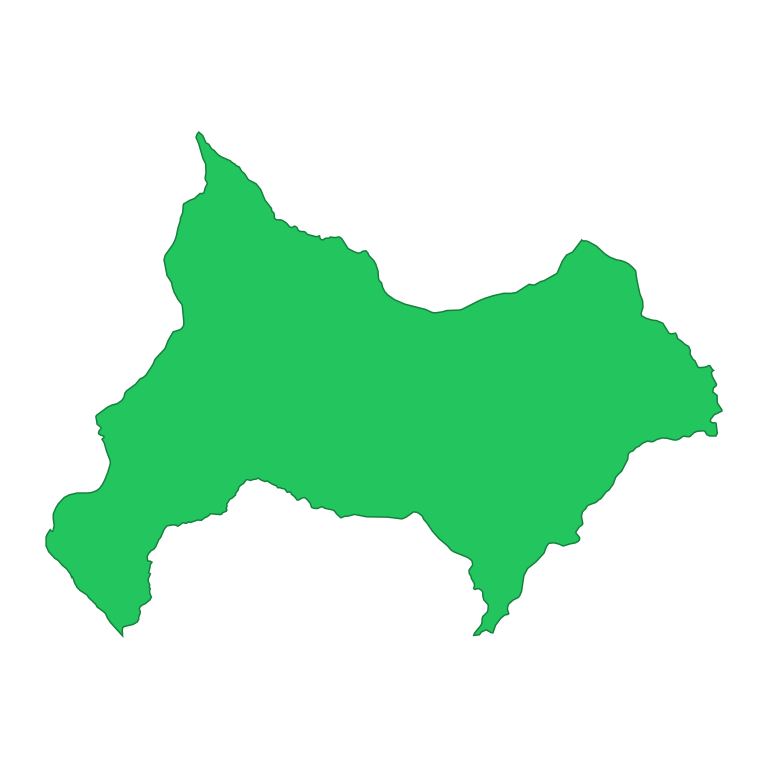 Baguia, Baucau, East Timor
{"feature_id": "22284137B48176451746687", "entity_name": "Baguia", "entity_type": "district", "adm_level": 2, "iso_a3": "TLS", "parent_name": "East Timor", "parent_adm1": "Baucau", "projection": "orthographic", "projection_center": [126.694, -8.606], "detail": "fine", "context": "isolated", "style": "filled", "palette": "green", "viewbox_px": 768, "rotation_deg": 0, "n_neighbors": 0, "source": "geoboundaries", "source_scale": "gbopen_adm2", "svg_char_len": 6092}
<svg xmlns="http://www.w3.org/2000/svg" viewBox="0 0 768 768"><path d="M581.8,239.9L572.7,252.0L566.5,255.1L562.4,261.0L557.1,273.3L543.8,280.8L540.8,281.5L534.1,285.2L529.2,284.3L516.3,292.5L511.0,293.4L503.9,293.3L493.5,295.6L485.3,298.2L479.3,300.6L461.7,309.5L459.1,310.1L447.0,310.5L442.1,311.9L434.7,312.9L431.7,312.3L425.6,309.5L404.7,304.1L394.5,299.7L387.6,294.8L384.8,291.7L382.7,287.5L381.5,282.8L379.8,281.2L378.6,279.1L378.0,271.0L375.7,263.9L373.7,260.6L369.0,255.6L368.0,253.2L366.0,250.8L362.7,251.2L360.7,252.6L358.6,253.2L354.8,252.0L348.1,248.6L341.8,238.7L339.3,236.9L335.0,237.6L330.3,237.0L329.1,238.2L326.6,238.1L324.7,238.6L323.3,239.8L321.4,239.8L320.1,238.5L319.5,235.8L316.6,236.8L308.5,234.7L306.9,234.0L305.6,232.3L304.0,231.6L300.3,231.4L298.4,230.5L296.8,227.3L294.8,226.1L292.1,227.4L290.9,227.3L289.6,226.8L286.6,223.2L282.8,220.6L280.6,219.8L276.8,219.9L275.3,219.0L274.4,217.9L274.3,214.7L273.7,212.7L271.9,211.1L271.4,208.3L265.0,200.1L260.7,189.6L256.0,183.7L248.8,180.0L247.9,179.1L244.9,174.1L241.5,171.0L239.3,167.0L236.2,165.6L235.0,164.2L232.4,162.7L230.3,160.8L221.4,156.9L217.9,154.6L214.1,150.4L211.5,148.7L208.7,144.2L206.0,142.9L202.7,135.5L198.8,132.1L197.2,134.1L196.0,137.3L198.7,143.6L202.8,157.9L205.7,164.1L206.0,172.7L205.1,178.0L205.4,179.8L207.0,182.3L207.3,183.7L205.2,187.8L204.0,192.5L202.7,193.5L200.0,193.5L194.3,198.6L190.0,200.2L183.8,203.8L183.3,204.7L182.7,212.5L180.4,218.3L180.2,221.2L177.9,228.3L176.5,235.4L175.0,240.2L172.8,244.6L165.2,255.2L164.0,259.8L167.0,275.3L171.6,282.6L172.3,286.6L174.2,292.4L178.1,299.6L181.7,304.2L182.3,305.9L183.9,322.5L183.5,325.9L181.4,328.8L179.5,329.9L173.1,331.9L168.1,340.6L165.0,348.6L155.1,359.2L152.8,364.7L145.9,375.2L143.3,377.4L139.9,379.0L135.6,384.2L126.7,390.8L124.9,393.1L124.1,396.9L121.9,400.4L117.3,403.6L111.6,405.2L107.6,407.1L96.5,415.3L95.9,416.4L97.1,424.2L101.0,427.5L101.0,428.5L99.1,430.9L98.5,432.9L98.8,433.9L100.9,435.3L103.7,436.0L104.0,437.5L102.0,439.2L104.3,443.0L106.4,450.7L110.2,460.8L110.3,463.9L107.7,472.6L104.6,480.3L102.3,484.7L99.5,488.5L96.4,490.8L91.6,492.5L88.2,493.0L77.2,493.0L69.2,494.9L64.1,497.6L58.3,503.8L56.0,507.6L53.3,513.9L53.2,518.2L54.2,525.5L52.9,531.2L51.8,531.4L50.2,529.6L47.1,534.5L46.1,537.1L46.1,545.9L48.7,551.7L54.7,558.2L58.4,560.6L62.2,565.2L66.6,568.8L70.3,573.9L71.8,577.5L72.3,576.9L73.1,578.3L74.7,583.0L77.1,587.4L80.1,590.5L87.0,594.9L88.6,597.5L95.7,604.3L97.0,606.8L104.4,612.4L105.6,613.8L107.6,618.3L110.5,622.5L122.6,635.9L122.3,629.9L122.7,627.6L124.3,626.5L133.1,624.4L137.2,622.0L138.7,619.4L138.7,617.0L139.9,614.2L140.3,611.6L139.3,609.1L140.1,606.8L142.1,605.1L145.1,603.8L150.0,599.8L151.4,597.1L149.8,593.3L149.6,590.6L150.3,588.6L149.2,587.1L149.8,585.0L148.3,581.6L148.2,579.0L150.4,573.8L148.6,572.6L150.0,567.4L150.2,564.8L152.0,562.2L150.2,561.2L147.7,560.9L147.1,556.5L148.6,553.6L151.3,550.5L153.7,549.3L155.7,546.8L158.8,539.6L160.7,537.3L164.0,529.7L165.4,527.7L167.3,525.8L173.3,524.8L176.4,525.3L177.3,526.1L178.5,525.9L182.9,522.7L185.6,523.3L187.5,522.8L188.3,522.0L190.4,522.5L197.6,520.0L201.4,520.3L205.2,517.4L207.1,516.8L209.7,514.8L210.1,513.7L220.0,514.6L221.6,514.2L222.5,512.8L226.4,511.1L226.9,509.5L226.2,508.6L227.0,506.1L226.8,503.9L229.9,499.2L232.4,497.9L235.6,494.9L235.7,493.2L238.2,490.0L238.9,487.1L240.4,485.5L243.6,483.4L246.3,479.8L248.0,479.7L250.4,480.5L253.5,479.4L256.2,479.1L258.1,478.1L261.7,480.3L265.0,481.5L267.2,480.9L272.5,484.3L276.1,485.6L277.9,487.8L280.4,487.6L281.3,488.4L284.6,488.8L287.1,492.2L289.7,492.0L290.9,492.5L291.6,494.4L294.5,496.6L297.1,500.0L298.3,500.1L302.6,497.8L304.7,497.6L307.2,499.6L310.2,503.3L311.6,507.4L313.6,508.2L317.1,508.6L321.9,506.6L324.9,508.3L332.9,510.0L334.5,511.0L336.5,513.8L340.8,517.8L344.6,516.4L348.6,516.0L354.5,514.4L366.6,516.8L387.2,517.1L402.0,518.9L406.2,517.1L413.5,511.9L416.9,512.3L418.9,513.4L422.3,516.1L423.8,519.5L426.8,522.8L432.3,531.0L439.2,538.8L447.4,545.7L451.1,550.1L454.2,552.0L467.6,557.4L470.8,559.7L472.1,561.3L472.6,564.2L472.3,565.6L469.0,570.1L469.3,573.6L471.0,576.2L471.3,578.3L474.4,583.7L474.4,585.9L473.6,588.5L475.0,589.5L476.8,588.8L479.1,588.7L481.7,590.5L482.7,591.9L482.9,596.4L483.8,599.9L488.3,604.9L488.0,609.7L487.2,612.2L482.8,616.5L482.2,618.4L481.9,623.1L480.8,625.5L474.6,633.0L473.7,635.4L479.5,634.7L481.4,632.0L485.7,630.0L486.9,630.2L491.0,632.6L492.9,632.9L495.6,625.2L500.7,618.4L504.1,615.5L505.4,614.8L507.9,614.5L508.8,613.6L507.4,609.4L507.8,606.2L509.0,603.7L513.2,600.0L518.3,597.5L519.8,595.5L521.5,591.5L523.9,575.5L527.6,568.5L535.9,561.9L544.0,553.1L546.4,546.6L548.8,543.3L554.0,542.8L559.3,544.2L563.3,546.0L569.6,544.0L575.6,542.8L578.1,541.4L579.4,540.0L579.7,538.2L578.9,536.5L576.3,533.6L575.8,532.0L579.4,526.8L582.1,524.9L582.8,523.7L581.4,516.1L582.6,511.6L585.7,508.7L587.1,506.2L588.3,505.2L595.9,502.4L599.3,499.3L600.7,498.9L606.3,491.7L608.8,490.2L613.2,484.1L615.7,477.3L617.9,474.6L621.6,471.2L627.7,459.4L628.2,454.2L629.3,452.8L630.6,451.7L632.8,451.0L636.5,447.2L638.8,446.4L642.5,443.3L647.4,441.1L651.9,441.8L653.5,441.4L656.8,439.5L662.6,437.9L667.1,438.3L673.4,439.9L676.7,440.0L679.8,438.7L683.4,436.1L688.3,436.8L690.0,436.5L694.1,432.6L697.0,431.4L699.4,431.1L703.9,430.8L704.8,431.3L707.0,434.8L709.8,436.0L715.9,436.0L717.3,433.3L716.1,423.3L714.7,422.7L712.8,422.9L710.6,421.8L710.4,420.7L710.6,419.4L714.0,414.9L721.9,411.1L721.8,409.7L717.3,402.9L717.1,395.5L712.8,391.9L713.3,388.2L716.2,385.7L716.5,384.2L712.4,376.7L711.5,373.5L711.9,371.5L713.6,370.4L712.5,369.7L709.9,365.7L709.0,365.5L705.4,367.1L700.6,367.6L698.5,367.4L697.7,366.7L695.1,361.0L692.6,358.8L690.1,354.2L690.3,350.4L688.7,346.5L684.7,344.2L681.6,341.3L677.5,338.5L676.7,335.1L675.5,333.1L671.4,334.0L668.8,333.0L662.8,323.2L656.5,320.6L652.1,320.1L646.2,318.3L641.5,315.7L641.2,312.9L643.0,307.3L642.6,300.7L639.8,293.6L636.9,280.0L635.6,270.8L632.5,267.3L628.6,263.9L625.6,262.3L621.4,260.7L616.4,259.8L610.1,257.3L605.0,254.0L596.4,246.1L588.8,241.9L586.7,241.0L582.4,240.8L581.8,239.9Z" fill="#22c55e" stroke="#15803d" stroke-width="1.5"/></svg>